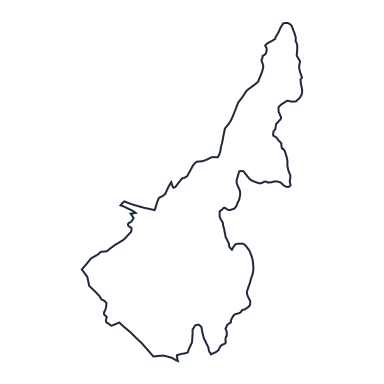 the district of Khanaqin, Diyala, Iraq
{"feature_id": "34846034B8709315351100", "entity_name": "Khanaqin", "entity_type": "district", "adm_level": 2, "iso_a3": "IRQ", "parent_name": "Iraq", "parent_adm1": "Diyala", "projection": "natural_earth1", "projection_center": [45.457, 34.523], "detail": "fine", "context": "isolated", "style": "outline", "palette": "slate", "viewbox_px": 384, "rotation_deg": 0, "n_neighbors": 0, "source": "geoboundaries", "source_scale": "gbopen_adm2", "svg_char_len": 5444}
<svg xmlns="http://www.w3.org/2000/svg" viewBox="0 0 384 384"><path d="M111.7,325.7L119.3,322.5L121.9,325.0L125.6,328.2L126.7,329.1L130.4,332.2L136.4,338.2L141.5,342.9L147.4,349.6L153.4,356.5L158.9,355.9L163.2,355.6L166.6,356.3L170.8,357.5L171.8,357.8L176.1,360.3L177.9,361.0L177.2,358.5L176.9,355.2L178.8,354.6L181.8,353.8L184.0,353.6L187.3,352.6L187.8,352.4L188.8,349.3L191.0,344.5L192.0,342.4L192.6,333.9L192.6,329.4L193.8,327.7L194.9,325.8L195.1,325.5L195.2,325.4L197.3,324.8L198.9,324.8L200.5,326.1L201.5,327.3L201.8,329.3L202.4,332.5L203.1,335.4L203.9,338.3L205.2,340.9L206.4,343.5L207.3,345.3L208.3,347.2L208.9,350.5L209.6,352.3L210.4,353.0L210.8,354.3L213.5,353.2L216.2,351.9L218.3,350.3L218.4,350.2L218.5,350.0L220.2,346.6L220.4,346.3L220.6,346.1L220.8,345.8L222.0,344.9L223.6,344.3L225.1,343.4L225.4,343.1L225.5,342.9L225.8,342.6L225.5,340.5L225.5,338.6L226.0,336.8L226.0,336.7L226.2,336.4L226.4,336.3L226.7,336.0L226.7,335.4L226.8,333.7L226.7,331.8L226.3,330.5L225.5,328.6L226.3,327.2L226.7,326.1L227.3,325.0L227.4,324.8L227.5,324.7L228.6,323.8L230.4,322.7L230.7,322.4L231.0,322.1L230.8,320.6L232.0,318.1L233.0,316.3L233.0,316.2L233.2,315.9L234.6,314.5L236.3,313.9L237.6,313.6L238.8,313.2L239.9,312.8L240.8,312.1L241.0,311.7L241.9,310.4L242.1,310.1L243.8,309.6L245.0,309.4L246.7,308.1L248.8,306.6L249.0,306.5L249.1,306.2L250.0,304.8L250.2,302.9L250.2,301.0L248.4,297.6L247.1,294.4L246.9,293.4L246.9,291.9L247.9,288.7L248.8,285.8L249.8,283.4L251.0,278.6L252.4,274.8L253.1,272.0L253.4,268.4L253.2,265.1L252.7,260.2L251.3,255.3L249.3,250.5L246.5,246.7L244.6,244.6L242.8,243.7L241.1,243.7L239.2,243.7L236.4,243.9L235.1,244.7L235.1,244.8L234.8,245.1L233.2,247.3L232.2,249.4L232.0,249.8L231.9,249.8L231.1,249.0L229.2,246.5L228.9,245.0L228.9,243.5L227.9,241.6L226.3,238.2L225.5,236.7L225.3,234.8L224.8,232.7L224.4,230.4L223.9,228.1L223.1,225.6L222.9,222.8L221.7,220.9L220.2,218.2L219.6,216.3L219.6,213.3L219.8,211.3L219.8,211.2L220.1,211.0L222.2,209.5L222.5,209.2L223.1,208.4L223.4,208.0L224.3,208.0L225.1,207.8L226.0,208.7L227.3,209.5L228.4,209.9L229.9,210.1L231.5,209.5L233.7,208.9L234.7,208.2L235.0,207.9L236.0,206.7L236.2,206.3L237.8,202.5L239.2,199.6L240.2,194.5L240.0,191.3L239.3,189.2L237.8,186.1L236.8,183.5L236.6,182.3L236.6,180.1L237.6,177.0L238.8,172.5L239.3,171.4L239.5,171.1L241.0,171.1L243.3,171.1L244.8,173.0L246.5,175.1L249.1,178.5L251.8,180.6L255.4,182.0L259.2,183.3L260.6,183.3L261.9,182.9L263.3,182.3L264.3,181.6L265.3,181.6L266.7,181.8L267.6,182.5L268.4,182.5L271.5,182.3L273.2,181.8L274.6,181.4L276.3,181.4L278.4,181.8L280.6,182.5L282.5,184.2L283.5,185.2L285.5,186.5L286.9,186.9L288.6,186.9L289.7,186.3L290.2,185.7L290.5,185.4L290.5,184.4L290.0,182.7L289.8,181.4L289.8,180.1L290.3,178.7L290.3,177.0L290.3,175.1L289.5,173.4L288.4,170.4L287.8,168.1L287.4,165.6L287.4,163.9L287.4,162.4L287.4,160.7L286.9,158.0L285.9,154.6L284.7,151.0L283.3,148.9L282.1,148.7L281.6,147.0L281.4,145.5L281.4,143.6L280.7,142.6L278.2,140.0L276.4,137.5L274.6,136.4L273.2,135.6L273.2,133.5L273.5,131.4L275.4,129.0L275.7,126.5L276.1,124.0L278.0,122.1L279.0,120.8L280.4,119.5L281.0,118.3L281.0,117.4L279.8,114.3L278.6,111.7L278.5,109.6L278.5,107.5L279.3,106.2L281.5,104.3L284.3,102.6L286.7,100.9L287.7,100.9L288.9,100.9L289.9,101.4L291.3,101.6L292.5,101.6L294.7,101.6L296.3,101.2L298.1,99.3L299.5,98.2L300.5,96.5L301.4,95.0L301.9,93.8L302.2,90.8L301.7,87.2L300.9,84.3L300.7,81.5L300.5,79.6L301.8,77.7L302.0,77.5L300.4,73.1L299.7,70.5L299.2,68.4L299.2,65.3L300.1,61.5L298.4,58.5L296.8,55.8L296.8,53.9L297.2,49.9L297.2,46.5L297.2,44.8L296.5,42.9L295.6,41.0L295.8,37.6L294.4,33.0L292.7,28.7L291.8,26.0L290.5,24.5L288.1,23.1L287.9,23.0L285.5,23.0L283.3,23.3L280.7,27.3L278.7,31.9L275.8,36.8L275.1,38.9L272.2,40.8L269.3,42.3L267.1,43.5L265.2,45.6L266.6,48.2L266.7,49.6L266.1,53.0L264.7,54.7L262.6,56.0L262.3,58.5L261.4,60.0L263.2,65.3L263.2,67.6L262.1,71.6L260.6,75.6L258.9,79.4L258.2,81.7L255.3,84.1L251.7,86.8L248.0,89.5L246.4,91.0L244.7,93.6L242.7,96.7L240.1,100.1L238.0,102.9L236.7,106.4L235.0,110.9L234.8,111.3L233.6,114.3L232.8,116.2L232.6,116.6L232.1,117.8L230.3,121.6L228.5,124.2L228.2,124.5L225.1,128.3L224.9,128.6L223.3,136.4L222.3,142.1L220.9,147.2L220.3,151.4L219.1,155.0L217.9,157.0L217.7,157.3L213.1,157.1L211.0,157.5L207.4,159.4L203.0,161.1L201.3,161.3L198.2,161.6L197.1,161.6L195.3,162.8L193.3,165.1L193.0,165.4L191.0,169.2L187.2,176.1L187.0,176.3L186.9,176.4L184.0,178.0L181.9,178.5L181.7,178.8L178.8,182.5L176.0,186.2L175.7,186.5L174.9,187.3L173.5,187.7L172.7,186.7L171.2,182.1L170.9,182.5L168.2,187.4L166.3,191.6L165.2,193.9L165.2,194.1L165.0,194.3L162.0,196.4L159.1,197.8L158.9,197.9L158.8,198.2L157.0,202.6L155.5,207.8L154.8,209.7L154.7,210.1L143.7,207.7L133.1,204.7L126.4,202.3L124.4,201.4L122.3,203.2L120.5,205.3L123.3,206.3L132.5,210.7L135.6,212.9L130.6,213.7L133.6,218.0L132.0,220.8L130.3,222.4L128.7,223.0L128.0,224.1L128.0,225.1L128.3,225.7L129.3,226.6L131.4,227.8L131.5,230.5L130.9,232.0L128.4,234.7L125.5,237.9L123.1,240.1L119.2,242.4L117.6,243.6L115.7,244.4L110.7,248.1L107.9,250.4L106.7,251.3L104.6,251.5L101.1,251.8L97.0,255.1L93.8,256.8L91.1,258.4L86.2,264.4L81.8,269.5L84.4,273.0L87.3,276.8L89.2,285.9L94.9,291.3L99.4,296.0L101.3,299.3L104.7,301.0L106.5,303.2L106.3,305.5L105.8,308.3L105.2,310.1L104.2,311.9L104.0,313.2L104.0,314.0L104.6,315.2L106.2,316.3L106.8,317.2L106.3,318.4L106.1,319.2L105.9,320.9L106.3,322.3L108.0,323.3L109.4,324.3L110.8,325.5L111.7,325.7Z" fill="none" stroke="#1e293b" stroke-width="2"/></svg>